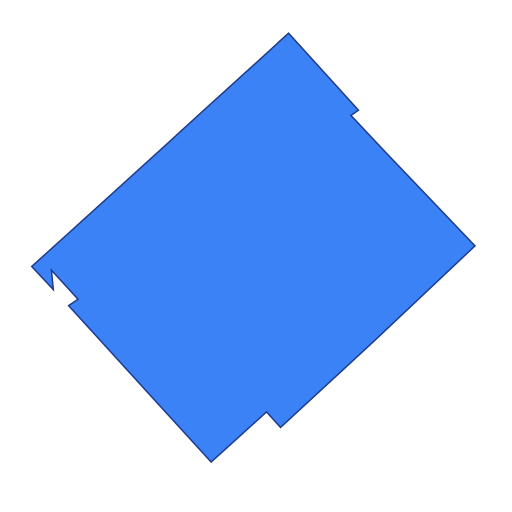 Edgar, Illinois, United States of America, rotated 228°
{"feature_id": "52423323B29187483714259", "entity_name": "Edgar", "entity_type": "district", "adm_level": 2, "iso_a3": "USA", "parent_name": "United States of America", "parent_adm1": "Illinois", "projection": "albers", "projection_center": [-87.648, 39.68], "detail": "fine", "context": "isolated", "style": "filled", "palette": "blue", "viewbox_px": 512, "rotation_deg": 228, "n_neighbors": 0, "source": "geoboundaries", "source_scale": "gbopen_adm2", "svg_char_len": 524}
<svg xmlns="http://www.w3.org/2000/svg" viewBox="0 0 512 512"><g transform="rotate(228 256 256)"><path d="M399.3,318.0L399.1,284.8L398.9,268.8L398.5,168.9L398.5,156.5L398.5,149.9L398.4,143.9L398.3,82.3L366.6,82.9L382.4,94.5L343.0,94.8L344.5,83.5L220.8,84.2L132.9,84.8L133.1,159.5L112.2,159.5L113.3,250.5L113.8,287.8L117.0,425.5L246.0,421.7L297.0,420.6L295.8,429.7L399.8,429.3L399.8,416.9L399.7,413.6L399.5,392.4L399.5,386.7L399.5,370.6L399.4,355.0L399.3,318.0Z" fill="#3b82f6" stroke="#1e3a8a" stroke-width="1.5"/></g></svg>